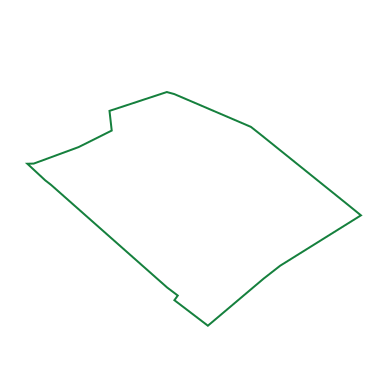 the district of Wyoming, Pennsylvania, United States of America, rotated 221°
{"feature_id": "52423323B85035932341435", "entity_name": "Wyoming", "entity_type": "district", "adm_level": 2, "iso_a3": "USA", "parent_name": "United States of America", "parent_adm1": "Pennsylvania", "projection": "mercator", "projection_center": [-75.987, 41.514], "detail": "fine", "context": "isolated", "style": "outline", "palette": "green", "viewbox_px": 384, "rotation_deg": 221, "n_neighbors": 0, "source": "geoboundaries", "source_scale": "gbopen_adm2", "svg_char_len": 411}
<svg xmlns="http://www.w3.org/2000/svg" viewBox="0 0 384 384"><g transform="rotate(221 192 192)"><path d="M49.2,285.2L64.6,284.7L179.8,280.3L190.2,279.8L256.5,258.5L269.8,254.2L276.6,250.9L307.5,199.1L292.9,185.7L307.1,151.4L330.1,109.6L334.8,105.3L310.5,104.5L303.1,104.9L148.2,103.6L134.8,104.5L134.3,98.8L92.3,101.5L81.1,173.7L77.1,194.2L49.2,285.2Z" fill="none" stroke="#15803d" stroke-width="2"/></g></svg>